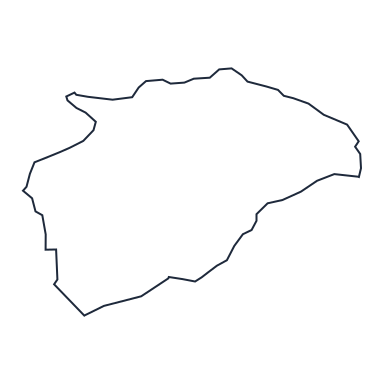 Askersund, Orebro, Sweden
{"feature_id": "70781695B5834456968412", "entity_name": "Askersund", "entity_type": "district", "adm_level": 2, "iso_a3": "SWE", "parent_name": "Sweden", "parent_adm1": "Orebro", "projection": "robinson", "projection_center": [14.979, 58.853], "detail": "fine", "context": "isolated", "style": "outline", "palette": "slate", "viewbox_px": 384, "rotation_deg": 0, "n_neighbors": 0, "source": "geoboundaries", "source_scale": "gbopen_adm2", "svg_char_len": 967}
<svg xmlns="http://www.w3.org/2000/svg" viewBox="0 0 384 384"><path d="M358.9,177.0L361.0,168.2L360.2,154.0L355.1,146.7L358.7,141.3L347.1,124.6L323.8,114.8L308.5,103.6L293.3,98.2L283.8,95.8L278.0,89.9L266.4,86.5L247.5,81.6L241.7,75.3L231.6,68.4L219.2,69.4L209.8,77.7L193.8,78.7L184.4,82.6L170.6,83.6L162.6,79.7L146.0,81.1L138.7,87.5L132.2,97.2L112.6,99.7L87.9,96.8L76.3,94.8L74.5,92.6L66.3,96.5L67.5,100.4L76.5,108.0L85.6,112.6L95.8,121.8L93.5,130.2L83.3,140.9L69.7,147.8L59.4,152.3L48.1,156.9L34.5,162.3L29.9,173.8L26.5,186.8L23.0,190.7L32.1,198.3L35.5,211.4L42.3,215.2L45.7,234.4L45.6,249.7L56.1,249.5L57.4,279.5L54.1,284.3L84.3,315.6L84.6,315.4L103.9,305.9L141.2,296.3L168.3,278.4L168.8,277.0L182.5,279.1L195.1,281.5L201.7,277.3L208.3,272.2L216.9,265.7L226.9,260.2L234.3,245.9L242.9,234.2L251.6,230.0L256.5,220.8L256.5,214.2L267.6,203.3L282.5,200.0L301.0,191.6L317.0,180.8L334.3,174.1L358.1,176.7L358.9,177.0Z" fill="none" stroke="#1e293b" stroke-width="2"/></svg>